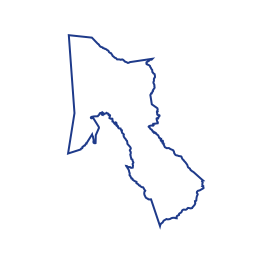 outline of Cruzeiro do Sul, Acre, Brazil, rotated 259°
{"feature_id": "56859067B30486301252359", "entity_name": "Cruzeiro do Sul", "entity_type": "district", "adm_level": 2, "iso_a3": "BRA", "parent_name": "Brazil", "parent_adm1": "Acre", "projection": "albers", "projection_center": [-72.817, -7.957], "detail": "fine", "context": "isolated", "style": "outline", "palette": "blue", "viewbox_px": 256, "rotation_deg": 259, "n_neighbors": 0, "source": "geoboundaries", "source_scale": "gbopen_adm2", "svg_char_len": 5955}
<svg xmlns="http://www.w3.org/2000/svg" viewBox="0 0 256 256"><g transform="rotate(259 128 128)"><path d="M230.4,87.6L152.8,78.3L114.4,64.3L115.9,77.0L116.0,77.5L116.5,77.8L116.8,78.2L116.9,79.2L117.4,79.6L118.0,79.6L118.5,80.5L118.6,80.8L119.2,81.9L119.0,82.2L119.3,82.6L120.3,83.4L120.5,83.9L120.9,84.1L120.7,84.4L121.7,85.1L128.5,91.5L127.7,91.5L126.1,92.0L125.0,91.9L123.4,92.0L121.2,91.7L121.0,91.4L120.2,91.4L119.6,91.9L119.3,92.8L119.4,93.3L127.1,95.0L133.6,99.5L134.3,99.5L134.7,99.5L144.3,95.8L144.5,95.1L144.5,93.9L144.8,93.6L145.2,93.5L145.6,93.7L145.9,94.4L145.9,96.8L145.4,99.7L145.3,100.6L145.9,101.1L146.2,101.8L146.6,102.3L147.6,102.9L148.0,103.5L148.0,104.0L147.8,104.3L147.3,104.6L146.7,104.7L146.1,104.9L145.8,105.4L146.4,105.5L148.2,105.3L148.4,105.7L147.3,106.6L146.3,106.7L146.0,106.9L146.5,107.8L146.5,108.7L146.6,109.3L147.0,109.8L146.8,110.1L146.1,110.5L145.9,111.3L145.5,111.6L144.5,111.4L144.2,111.7L144.3,112.3L144.1,112.7L143.7,112.8L141.7,111.8L141.2,111.7L140.3,113.0L140.3,114.1L140.1,114.4L138.3,114.3L137.8,114.0L137.4,114.0L137.0,114.7L135.0,115.5L134.6,115.8L135.7,116.5L135.9,117.0L135.4,117.5L134.8,117.3L133.8,117.7L132.7,117.1L132.3,117.3L132.2,118.0L131.9,118.4L130.8,118.6L130.7,118.3L130.3,118.4L129.4,119.0L128.9,120.6L127.7,120.7L127.2,120.9L127.1,121.3L126.9,121.6L126.4,121.5L126.1,121.1L125.0,121.3L124.5,121.3L124.0,121.5L123.3,122.2L122.5,122.7L121.5,122.2L121.0,122.3L120.4,122.2L118.6,122.9L117.8,123.5L117.0,123.7L115.9,124.2L115.7,124.5L114.2,124.6L112.7,124.4L112.3,124.5L109.7,126.1L108.5,126.7L108.0,126.8L107.3,126.8L106.7,126.4L106.0,125.6L105.5,125.5L104.3,126.0L103.7,126.1L103.1,125.9L102.7,125.9L102.0,125.6L101.6,125.2L101.1,125.1L100.6,125.3L99.2,125.2L98.2,125.4L97.3,125.3L96.8,125.4L96.2,126.3L94.6,126.3L93.4,126.7L93.0,126.7L91.9,125.7L91.3,125.6L90.5,125.8L88.2,125.1L88.2,124.5L88.2,123.9L88.6,122.9L89.3,122.5L89.6,121.0L90.0,120.3L90.8,119.7L91.0,119.3L91.1,119.0L90.6,119.1L90.3,119.5L89.8,119.7L89.2,119.7L88.5,120.1L86.3,120.8L84.5,120.8L83.4,121.0L82.5,120.9L81.6,120.5L81.1,120.6L80.7,120.8L80.5,121.1L77.9,121.7L77.8,122.3L77.3,122.7L76.8,122.6L76.3,122.7L76.0,123.1L74.8,124.2L73.7,125.8L73.4,126.1L72.4,125.7L72.0,126.0L70.7,127.4L69.8,127.7L69.3,128.2L69.3,128.6L68.9,128.7L68.1,129.4L67.3,130.3L66.9,131.5L66.5,131.7L64.2,132.4L63.2,133.0L62.8,132.7L62.4,132.1L61.9,131.8L60.4,131.4L59.2,131.4L56.3,132.2L55.5,132.9L54.8,134.0L54.4,134.1L54.0,134.6L53.8,135.6L53.6,136.0L53.7,136.5L53.6,137.0L25.6,140.7L26.5,141.1L27.6,141.9L28.0,142.5L28.6,143.9L30.2,145.3L31.3,148.4L30.8,149.3L30.6,150.7L30.7,152.1L31.2,153.4L31.3,154.5L31.1,156.2L30.4,157.6L30.1,158.6L31.7,158.8L32.2,159.2L32.3,159.6L32.6,160.0L32.7,161.0L32.9,161.5L33.9,161.7L34.3,162.2L34.7,163.5L35.2,164.4L36.8,165.5L37.2,166.4L37.3,167.3L36.8,168.6L36.8,169.5L37.1,170.3L37.8,171.0L38.1,171.7L37.4,173.6L37.1,174.3L37.2,175.7L38.1,176.4L38.4,177.0L38.8,177.4L39.7,178.6L41.0,179.6L43.4,179.8L43.4,180.6L43.8,181.2L45.0,181.5L46.8,182.1L47.4,182.4L48.1,182.7L48.5,183.1L49.7,183.8L51.2,183.2L52.3,183.6L53.0,184.7L53.1,186.5L54.5,190.6L55.4,190.8L56.0,190.7L56.6,189.9L57.0,190.5L57.4,190.1L58.0,190.1L59.2,190.4L60.2,190.9L61.6,190.5L62.1,191.1L62.1,191.7L64.6,189.7L72.4,183.8L73.3,182.7L73.9,182.3L74.5,181.6L75.0,181.5L75.3,181.2L76.1,181.1L76.5,180.9L77.8,179.6L78.3,179.4L80.6,179.1L83.4,177.8L84.9,176.8L85.8,176.5L86.7,175.7L88.2,175.2L89.6,175.0L90.0,174.7L90.9,172.3L91.6,171.3L91.9,170.3L92.4,169.6L92.6,169.4L94.3,168.6L95.9,168.6L96.7,168.3L97.2,168.3L97.7,167.9L99.3,165.5L100.3,164.6L100.6,163.9L100.8,162.2L102.1,160.6L102.9,160.3L103.8,160.2L105.2,159.7L105.4,160.0L105.7,159.6L106.1,159.5L106.4,159.7L107.0,158.9L108.2,159.2L108.2,159.7L108.6,159.7L108.7,159.2L109.1,159.3L109.3,158.9L109.2,158.5L109.0,158.1L109.7,157.8L110.9,158.3L110.9,157.9L111.9,157.5L111.9,157.1L112.2,156.9L112.9,156.6L113.6,156.6L115.1,156.2L115.6,155.6L116.5,155.0L117.2,154.3L117.5,154.4L117.6,154.1L118.2,153.8L118.1,153.4L118.4,153.1L118.3,152.7L118.8,152.6L119.0,152.9L119.6,152.4L119.7,151.6L120.7,151.5L121.0,151.3L121.3,151.0L121.8,151.0L122.7,149.9L124.2,149.3L124.6,148.9L125.3,148.5L125.7,148.8L126.0,150.2L126.0,151.5L125.5,152.8L125.5,153.3L125.9,153.7L127.0,153.3L127.3,153.6L127.0,154.1L127.2,155.2L127.0,155.8L127.1,156.9L126.9,158.0L127.3,158.3L128.1,158.3L129.4,157.8L131.6,157.8L132.0,158.0L132.1,158.5L131.7,159.0L131.6,159.4L131.9,159.6L132.5,159.7L132.8,160.0L133.3,160.7L133.9,161.3L134.4,161.3L134.7,161.0L134.8,160.2L135.1,159.7L135.6,159.3L136.0,159.3L136.4,159.5L137.2,159.4L137.6,159.6L137.9,159.4L138.3,159.4L138.6,159.6L138.6,160.1L138.8,160.4L139.2,160.3L139.5,160.1L140.6,160.7L141.8,160.6L146.7,155.9L155.1,156.2L155.6,156.2L156.1,156.2L156.8,156.8L157.5,157.2L157.7,157.5L157.5,157.9L158.3,158.5L158.6,158.8L159.4,159.1L159.5,159.6L160.7,160.0L161.0,160.5L161.4,160.7L162.1,161.5L162.4,161.8L163.5,161.9L164.1,161.8L164.4,162.0L165.4,162.1L167.3,161.6L168.2,161.7L169.2,162.4L170.5,162.7L171.0,162.7L171.8,163.1L172.3,163.8L172.8,164.2L174.2,164.4L175.8,164.4L176.2,164.0L176.8,163.3L177.1,163.2L177.5,163.2L178.3,162.6L180.4,162.8L181.5,162.2L182.8,161.9L183.6,161.5L184.7,161.4L185.1,161.1L185.9,160.3L186.4,159.4L187.1,158.5L187.7,158.7L188.2,158.4L189.0,158.7L189.2,159.1L189.2,159.4L189.7,160.5L189.7,160.9L190.9,162.9L190.6,164.2L191.3,165.2L192.3,142.5L191.9,141.1L191.9,140.3L192.1,140.0L192.8,139.3L193.7,137.7L194.5,137.3L195.1,136.6L195.6,136.5L196.3,135.7L196.5,134.4L196.3,134.1L196.4,133.7L197.0,132.6L197.4,130.4L198.9,129.5L199.2,129.1L199.3,128.7L199.9,128.1L200.7,127.6L201.6,126.7L202.6,126.5L203.4,126.0L204.2,125.9L204.6,125.7L205.1,124.8L206.2,123.8L207.3,123.6L207.8,123.3L208.4,122.4L209.1,122.0L209.4,121.7L210.0,120.6L210.4,120.3L210.4,120.0L210.8,119.6L211.2,118.7L211.9,118.5L212.7,117.0L213.0,116.8L213.2,116.4L213.5,116.2L214.7,115.5L215.1,115.5L216.1,114.9L216.3,114.5L223.6,109.8L230.4,87.6Z" fill="none" stroke="#1e3a8a" stroke-width="2"/></g></svg>